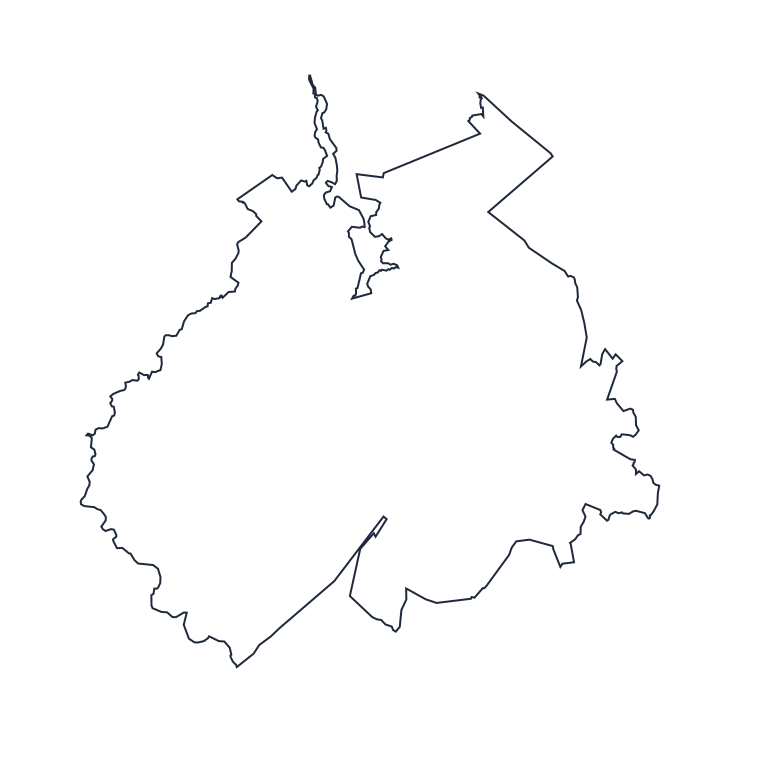 outline of Ahuacatlán, Nayarit, Mexico, rotated 8°
{"feature_id": "50627088B49891327076679", "entity_name": "Ahuacatlán", "entity_type": "district", "adm_level": 2, "iso_a3": "MEX", "parent_name": "Mexico", "parent_adm1": "Nayarit", "projection": "equal_earth", "projection_center": [-104.583, 21.051], "detail": "fine", "context": "isolated", "style": "outline", "palette": "slate", "viewbox_px": 768, "rotation_deg": 8, "n_neighbors": 0, "source": "geoboundaries", "source_scale": "gbopen_adm2", "svg_char_len": 6146}
<svg xmlns="http://www.w3.org/2000/svg" viewBox="0 0 768 768"><g transform="rotate(8 384 384)"><path d="M277.6,684.8L292.4,669.2L296.8,659.8L307.1,649.7L314.0,640.9L362.2,586.1L402.0,515.3L405.4,517.5L396.9,536.4L394.7,533.2L383.4,550.6L379.7,598.7L404.7,616.4L409.6,618.0L414.1,618.1L418.9,621.9L425.4,623.1L427.3,626.4L430.1,627.6L433.4,622.3L432.7,605.3L436.1,594.3L434.4,583.4L455.3,591.4L466.5,593.5L499.9,584.6L500.5,582.7L503.4,583.0L510.2,572.4L511.6,572.4L513.6,569.6L531.7,535.8L533.3,528.1L536.9,521.4L549.7,517.9L573.6,521.0L574.7,524.1L584.1,540.6L585.7,537.1L597.0,534.1L591.1,516.3L590.3,515.5L594.9,511.2L597.1,506.8L599.5,505.2L598.7,497.9L601.0,492.4L602.0,487.3L598.1,481.3L600.3,474.8L615.8,478.7L616.9,480.9L616.3,483.0L623.9,488.3L625.1,487.3L625.7,483.4L626.6,481.5L630.9,478.4L634.4,479.3L637.6,478.0L638.5,478.9L644.7,478.5L648.5,475.4L651.2,474.5L660.3,475.6L664.0,480.0L665.2,480.4L666.0,479.4L665.5,477.1L666.8,476.2L668.8,472.3L671.4,465.2L670.4,454.1L670.7,446.4L666.6,445.8L664.3,444.1L663.1,440.9L660.9,438.0L659.3,437.4L657.5,437.0L654.2,438.3L648.7,434.9L646.0,438.1L645.4,433.6L641.5,430.1L642.3,428.8L642.1,427.5L643.0,426.7L643.0,424.3L638.4,424.2L620.5,417.0L620.9,415.9L619.8,415.2L619.5,412.4L617.3,410.5L618.4,406.3L621.1,402.8L622.4,403.9L625.3,403.6L626.4,400.8L631.0,400.5L635.4,400.6L637.9,401.6L640.2,399.3L642.7,394.4L639.3,389.7L637.9,381.5L634.8,377.5L634.2,374.9L631.4,374.1L624.9,377.5L617.2,370.6L614.7,366.6L607.1,368.4L612.9,339.3L612.0,337.2L611.8,333.8L616.9,328.2L609.3,322.4L606.9,327.1L598.1,318.7L595.9,324.3L595.7,333.9L594.8,335.6L591.0,332.9L587.5,332.6L584.8,330.5L581.0,333.8L576.6,339.2L578.3,309.7L573.9,295.8L569.0,283.4L563.4,274.5L564.0,271.2L561.9,261.4L559.3,257.4L558.2,253.5L557.0,251.9L553.5,251.0L551.4,252.0L547.2,247.0L533.5,241.2L508.5,228.9L503.0,222.3L463.3,199.2L519.4,135.2L516.7,132.2L473.9,106.3L442.7,84.7L436.9,83.2L438.4,84.7L438.8,86.8L440.1,86.1L441.1,87.6L440.2,88.6L440.3,92.6L441.7,97.0L443.4,96.5L445.1,105.2L442.9,103.1L434.1,105.9L433.8,107.3L432.1,108.6L432.0,110.8L430.9,111.9L444.3,122.7L354.4,175.2L354.1,179.6L327.7,180.0L335.4,202.5L350.2,202.9L355.2,205.1L354.4,207.4L354.5,211.0L352.4,214.9L352.7,217.7L347.4,219.7L345.9,225.7L348.3,229.9L347.6,231.3L349.1,235.5L354.5,239.5L358.4,238.4L361.2,235.8L365.5,239.5L368.3,240.5L370.9,238.8L371.5,240.2L368.6,242.4L366.0,247.4L369.6,250.7L365.0,252.3L363.1,258.8L364.2,260.5L364.0,262.8L366.3,264.6L370.9,263.8L374.0,264.9L376.7,263.6L380.4,264.5L381.9,266.9L379.4,266.6L377.8,268.3L375.7,268.0L373.7,270.1L372.4,269.7L370.7,271.4L366.0,271.1L365.2,272.4L363.8,271.9L362.2,274.6L360.3,275.2L358.8,277.4L355.5,279.1L353.4,287.0L354.6,289.6L357.6,292.1L358.7,295.9L340.5,303.9L341.7,300.7L343.4,300.3L343.7,298.0L342.9,293.4L344.4,292.7L345.8,277.6L347.5,276.7L348.4,273.5L341.4,265.6L337.6,259.5L331.7,245.1L328.8,243.1L328.2,239.2L327.1,237.8L330.3,232.8L338.6,232.6L340.5,231.1L343.0,231.3L341.8,225.9L340.5,222.9L335.0,215.3L325.3,212.8L313.0,204.9L311.1,205.0L309.8,206.1L309.3,214.3L306.4,216.8L303.5,213.8L302.4,213.9L299.0,208.7L298.2,205.1L299.7,202.5L303.8,200.6L305.0,196.3L301.2,195.6L298.5,192.9L299.1,191.5L299.9,190.8L303.4,191.3L307.7,192.9L309.0,189.5L308.1,184.3L308.1,179.1L306.7,173.5L304.5,167.0L301.6,163.1L304.5,159.8L304.4,158.6L303.9,156.9L296.3,149.0L294.0,143.8L291.2,142.9L291.7,141.0L290.8,138.4L288.6,139.6L286.2,131.8L284.6,129.4L285.4,124.1L287.0,123.5L288.6,119.9L288.6,114.5L284.3,107.6L281.5,106.4L278.4,107.7L276.3,106.8L274.6,100.1L271.7,97.6L267.9,88.9L267.1,88.9L267.2,92.1L268.2,94.2L273.2,101.4L273.6,106.1L275.2,106.4L275.9,109.9L277.8,110.3L279.0,113.0L278.1,118.9L280.4,122.2L279.4,123.6L278.6,129.5L278.8,135.0L282.2,141.1L280.8,143.8L280.7,147.9L281.7,149.5L284.7,151.0L285.6,154.1L288.6,158.5L291.1,158.5L292.9,160.5L295.9,166.0L292.4,169.6L292.4,173.2L291.4,177.4L289.8,179.1L290.6,180.7L290.0,185.8L289.3,186.1L288.3,189.6L286.0,192.0L285.0,195.5L282.4,198.6L280.3,197.9L278.8,193.6L277.3,194.6L273.7,193.9L269.7,199.6L269.1,203.3L265.9,206.4L254.3,193.8L249.6,195.2L244.3,192.6L213.1,221.5L215.0,223.3L218.1,223.2L218.9,224.0L219.3,223.4L221.0,224.4L224.7,229.7L230.0,231.0L233.8,233.6L234.0,235.3L240.0,240.0L226.6,258.3L220.0,263.7L219.1,266.1L221.6,272.3L221.6,274.5L219.6,280.4L216.5,285.2L217.5,293.3L217.1,299.3L225.8,304.0L225.5,306.7L223.6,310.3L223.5,313.1L217.3,314.6L212.2,321.0L210.8,319.0L209.9,319.3L210.1,320.6L209.3,320.7L209.1,321.9L204.2,323.5L201.9,322.9L201.1,327.7L198.4,328.6L198.5,331.6L196.5,332.5L191.5,337.2L188.7,337.8L187.4,340.1L183.4,341.0L180.4,343.2L177.3,349.6L176.1,357.9L174.2,358.7L171.6,365.1L167.2,366.2L164.6,365.6L160.8,366.2L159.9,367.7L159.7,375.9L158.0,380.2L154.6,385.3L156.6,388.0L159.7,388.3L161.2,395.1L160.7,401.3L155.7,404.1L152.6,404.1L150.5,411.5L149.4,410.5L149.4,408.6L148.6,407.9L145.2,408.6L140.0,406.7L139.0,409.1L139.9,409.9L140.5,413.5L139.2,415.1L134.1,415.1L132.1,416.9L127.6,418.7L128.7,421.9L128.6,424.5L127.4,426.2L123.6,427.6L117.2,431.6L114.7,434.3L116.9,436.5L117.2,438.1L115.6,441.1L117.6,444.0L119.5,444.1L121.5,449.7L121.2,452.8L119.3,453.7L116.1,464.8L111.5,467.2L107.5,467.4L104.7,469.4L104.5,473.5L102.7,475.4L97.8,474.3L96.6,476.2L99.5,476.1L102.2,478.2L102.6,487.5L106.3,489.3L108.1,493.9L107.6,495.7L105.8,496.3L104.8,498.3L104.9,500.5L108.0,503.9L107.4,510.0L103.1,516.9L106.2,521.8L106.3,525.4L104.8,528.9L103.3,536.8L100.6,540.3L100.0,542.5L100.6,545.1L104.0,546.6L114.3,546.3L117.4,547.8L121.0,548.3L124.5,551.5L127.0,554.2L127.4,557.8L123.9,564.6L126.0,567.1L128.7,568.3L133.9,565.7L136.7,565.8L139.9,570.6L140.1,572.5L137.3,575.5L137.8,577.2L142.4,583.7L147.9,582.8L155.1,587.3L156.6,587.2L161.5,593.2L165.5,596.0L180.5,595.4L185.9,598.4L189.6,606.5L190.1,612.5L188.6,617.1L187.4,618.3L185.0,618.6L185.0,623.7L183.0,625.6L184.6,635.8L186.0,638.2L195.3,640.7L201.0,640.3L206.9,644.2L210.4,643.9L217.5,638.2L220.5,637.9L219.2,650.3L226.3,663.4L232.3,666.2L235.6,665.9L241.4,663.7L244.9,660.4L245.9,658.2L256.2,661.6L261.7,661.2L267.9,666.6L270.5,673.3L269.7,674.4L270.1,675.6L273.0,680.0L276.8,682.8L277.6,684.8Z" fill="none" stroke="#1e293b" stroke-width="2"/></g></svg>